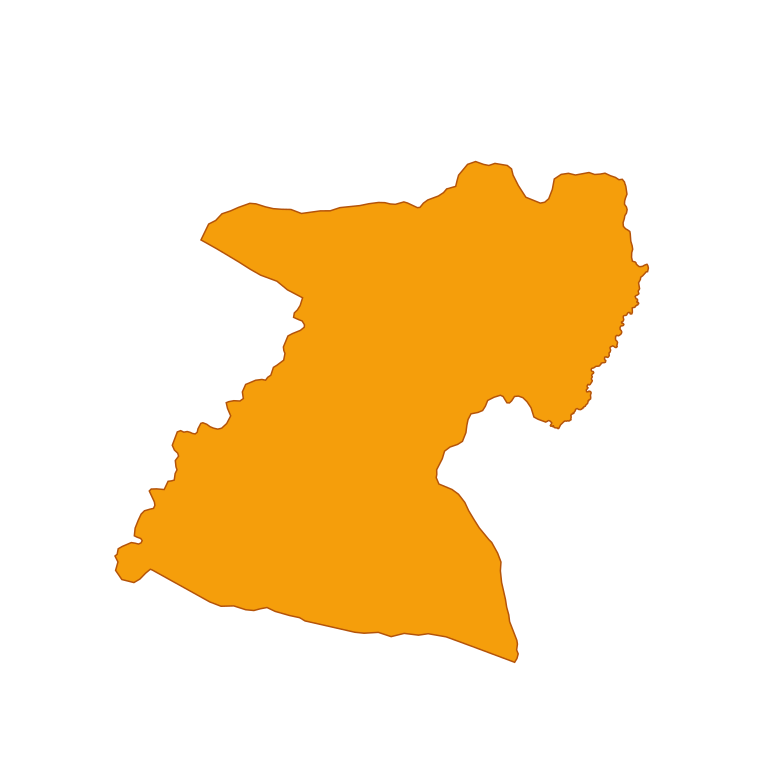 Migues, Canelones, Uruguay (Mercator projection), rotated 21°
{"feature_id": "84410073B2992667902544", "entity_name": "Migues", "entity_type": "district", "adm_level": 2, "iso_a3": "URY", "parent_name": "Uruguay", "parent_adm1": "Canelones", "projection": "mercator", "projection_center": [-55.568, -34.48], "detail": "fine", "context": "isolated", "style": "filled", "palette": "amber", "viewbox_px": 768, "rotation_deg": 21, "n_neighbors": 0, "source": "geoboundaries", "source_scale": "gbopen_adm2", "svg_char_len": 6158}
<svg xmlns="http://www.w3.org/2000/svg" viewBox="0 0 768 768"><g transform="rotate(21 384 384)"><path d="M605.7,597.0L606.5,592.6L606.0,587.9L603.1,584.7L601.8,579.0L599.9,575.7L586.4,560.8L583.2,554.8L578.5,548.4L574.6,541.6L564.9,527.1L559.6,516.7L557.0,508.3L550.7,501.2L541.3,493.3L537.7,491.7L524.5,484.2L516.7,478.4L508.4,471.9L501.9,465.6L493.0,460.2L485.3,458.1L471.1,457.7L466.3,452.7L465.7,449.5L463.9,445.2L465.2,432.9L464.6,425.0L468.2,419.2L474.4,414.0L477.8,409.4L477.9,400.0L476.2,393.1L475.2,387.1L475.9,380.7L481.9,376.9L485.6,373.4L486.6,368.4L486.7,362.2L491.5,356.9L496.7,352.8L499.7,353.0L505.5,357.5L507.9,356.7L509.2,354.0L510.3,348.9L513.8,347.1L518.6,347.0L523.9,349.3L529.8,353.5L535.8,361.1L540.4,361.7L548.6,361.6L550.0,360.1L550.3,359.5L550.9,359.1L551.9,359.0L554.4,360.0L554.6,361.1L554.3,362.1L554.2,363.2L554.7,363.6L555.9,363.2L556.6,363.3L556.8,362.4L557.1,362.3L557.5,362.7L557.6,363.1L558.4,363.5L558.9,363.6L560.5,363.3L561.6,362.9L562.3,363.3L562.7,363.2L563.1,362.7L563.5,358.8L565.7,354.1L566.0,354.1L566.4,353.6L567.9,353.2L568.6,352.5L569.9,352.3L570.6,351.5L570.8,350.9L571.3,350.6L571.4,350.3L570.9,349.5L570.6,347.7L569.7,346.5L569.9,345.9L569.7,345.2L570.9,344.3L570.9,343.5L571.4,343.5L571.7,343.2L571.6,342.4L572.2,340.3L571.9,339.2L572.4,338.4L573.1,337.7L574.9,338.0L576.7,337.5L577.3,336.9L577.3,336.5L578.3,335.7L578.2,334.9L578.8,334.5L578.7,333.8L579.0,333.4L579.9,332.6L580.0,331.3L581.0,329.2L580.8,327.1L580.6,326.6L581.2,326.1L581.1,325.2L581.7,324.7L582.2,323.9L581.9,322.7L580.7,320.3L580.6,318.1L579.9,317.3L579.5,317.0L579.0,317.3L578.2,317.1L577.6,317.5L577.2,318.3L576.1,318.6L575.7,318.3L575.1,317.3L575.0,316.5L575.4,316.0L575.8,314.9L575.7,314.3L575.2,314.3L574.6,313.8L574.3,312.8L574.5,311.4L574.7,311.2L575.1,311.4L575.9,311.3L576.6,310.6L577.3,307.2L577.3,306.5L577.2,306.1L576.3,305.5L575.8,305.0L575.7,304.2L575.9,302.9L575.8,302.5L574.9,301.8L574.8,301.4L574.9,300.0L575.7,299.0L575.6,298.0L574.8,297.4L573.7,297.6L572.9,297.3L572.5,296.8L572.2,296.1L572.4,294.9L574.0,293.8L575.6,291.5L577.6,290.6L578.7,289.8L578.9,289.3L578.9,288.7L579.4,287.9L579.3,286.9L579.5,286.7L580.5,285.8L582.2,285.0L582.9,284.3L582.7,282.7L582.3,282.4L581.4,282.3L581.2,282.0L580.8,281.5L580.7,280.6L580.4,280.0L580.9,279.5L581.8,279.0L582.8,279.2L583.3,279.0L583.6,278.7L584.1,277.1L584.1,276.7L583.3,275.2L583.0,274.4L583.6,273.2L583.5,271.6L583.4,271.1L582.3,269.8L581.9,268.9L582.2,268.0L582.7,267.7L583.9,266.4L585.5,266.6L586.3,266.9L587.4,266.9L587.8,266.6L588.3,265.6L588.1,265.1L587.8,265.1L587.4,264.2L587.5,263.6L587.1,261.4L585.9,260.4L585.3,260.3L584.5,259.8L583.9,258.8L583.2,256.5L584.0,255.1L585.3,255.1L585.9,254.7L587.2,252.8L587.5,251.5L587.4,250.5L587.1,249.9L586.5,249.3L584.8,248.3L584.1,246.6L584.3,245.5L584.7,244.6L585.8,244.2L586.2,243.8L586.5,243.5L586.6,242.5L586.5,242.3L585.7,241.9L584.3,242.0L583.7,241.4L583.6,240.9L584.5,240.3L584.8,239.0L584.7,237.9L583.3,235.8L583.2,234.6L583.9,233.9L585.3,233.2L585.8,232.4L586.0,230.6L586.5,229.7L587.9,229.1L588.6,230.2L589.0,230.2L589.5,230.2L590.3,229.5L590.1,228.7L590.2,228.1L589.2,225.6L588.5,224.2L588.5,223.9L590.7,222.5L591.0,221.0L591.7,220.2L591.8,219.6L592.5,219.3L592.6,218.3L592.9,218.0L592.9,217.5L592.5,217.0L591.8,216.8L591.3,217.1L590.6,216.7L590.6,216.1L591.0,215.8L590.5,214.4L590.0,214.0L588.7,214.0L587.1,212.3L587.6,211.1L588.7,210.1L589.6,208.4L588.0,206.2L588.5,203.5L585.4,198.3L585.9,194.5L585.4,192.4L586.7,190.3L588.7,185.2L589.8,184.7L589.3,181.0L588.0,179.1L586.7,178.0L586.1,178.3L585.9,178.6L584.7,179.6L583.2,181.5L581.0,182.7L579.8,182.9L577.8,182.2L576.3,181.4L576.0,180.7L574.9,180.1L571.9,180.3L569.7,177.0L568.2,172.6L567.9,169.1L566.2,166.1L563.2,162.2L560.0,155.4L558.8,153.5L556.0,152.8L553.8,152.5L551.0,151.0L549.4,147.8L549.1,143.5L548.5,140.6L549.1,137.5L548.5,134.1L546.9,131.9L544.1,130.0L543.1,126.9L542.8,123.7L542.8,119.7L539.1,113.1L537.6,111.1L537.1,110.8L536.2,109.3L533.1,107.5L530.1,109.1L526.1,108.2L520.7,108.4L514.8,108.0L510.5,110.6L505.6,112.9L499.6,113.1L487.8,120.3L480.7,121.2L474.3,124.8L469.5,131.6L471.4,142.0L471.4,152.0L468.9,156.7L465.1,159.1L449.5,158.8L438.3,150.6L429.6,142.7L426.0,137.5L420.8,135.8L408.5,138.3L403.6,142.4L398.3,143.3L389.8,143.5L383.3,149.0L378.8,162.3L379.3,167.7L380.1,173.8L372.6,179.4L371.0,184.0L367.4,189.0L358.9,196.5L356.0,201.0L354.3,206.2L352.0,207.4L341.1,206.6L337.3,206.9L330.2,212.2L325.2,213.7L319.8,214.4L313.8,216.5L305.3,221.1L297.5,226.1L279.7,235.1L271.7,241.6L262.5,245.2L245.8,254.4L234.6,254.4L225.7,257.6L217.7,260.0L209.8,261.1L199.9,261.7L194.0,263.4L184.7,271.4L178.7,277.4L171.7,283.2L168.3,291.6L163.0,297.5L161.5,315.1L179.4,317.7L204.7,322.1L218.0,324.8L229.8,326.6L247.2,326.4L260.1,330.7L277.1,332.7L277.6,340.8L276.6,345.9L274.8,349.8L275.7,354.2L281.4,354.5L285.0,354.5L288.5,357.2L289.2,359.6L286.7,363.9L280.4,369.8L277.1,373.6L276.8,385.5L278.4,388.5L280.6,391.0L281.8,397.7L277.2,405.0L274.8,408.1L275.2,416.3L273.0,419.5L272.1,422.9L268.4,423.5L262.8,426.5L255.0,434.0L254.6,442.2L257.9,448.0L255.6,451.5L249.8,453.4L245.4,456.1L243.4,458.0L246.6,462.8L252.3,468.7L251.3,477.3L248.3,483.4L245.0,485.7L240.7,486.3L237.0,486.2L232.9,485.1L228.8,485.1L227.1,486.4L226.4,492.5L226.9,496.0L225.6,498.3L222.8,498.8L220.3,498.6L217.3,498.9L214.4,500.7L210.9,500.4L208.2,502.8L208.3,517.1L212.0,520.8L216.2,522.5L218.1,525.0L216.6,530.3L219.5,535.9L221.5,538.3L221.1,542.4L222.6,548.9L220.3,550.6L217.3,552.2L216.6,561.3L209.3,563.4L204.3,565.5L203.2,568.0L211.9,576.4L213.6,579.4L213.4,582.7L210.4,584.7L205.8,588.2L203.9,592.5L203.4,599.3L203.3,607.7L205.3,615.2L208.5,615.5L212.2,615.4L214.4,616.9L214.1,619.4L212.2,621.4L208.7,621.8L204.9,622.6L197.9,629.4L194.9,633.1L195.9,638.6L194.5,641.0L199.4,645.5L200.2,654.2L209.3,660.5L221.7,659.0L226.0,653.6L229.2,646.1L232.2,640.7L234.3,640.7L299.5,649.9L311.5,649.9L323.3,645.0L335.8,644.3L343.7,642.1L349.2,638.1L354.9,634.6L363.9,635.3L378.7,634.0L388.9,632.4L395.2,633.5L445.8,626.2L454.7,623.8L467.7,617.9L481.2,617.3L492.2,609.6L506.2,606.1L514.7,601.3L532.6,597.8L559.6,597.4L605.7,597.0Z" fill="#f59e0b" stroke="#b45309" stroke-width="1.5"/></g></svg>